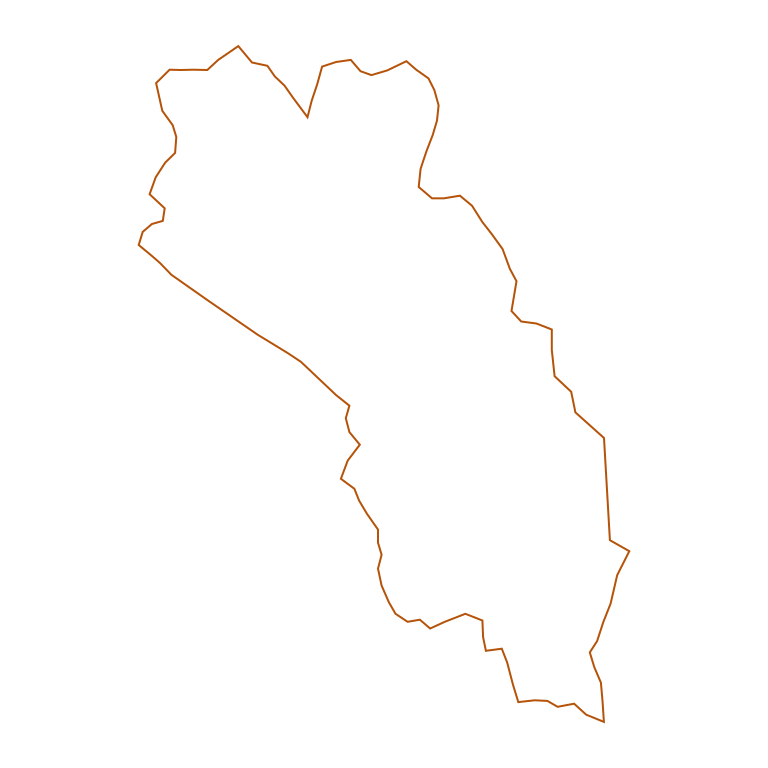 outline of Pedreira, São Paulo, Brazil
{"feature_id": "56859067B78488981040845", "entity_name": "Pedreira", "entity_type": "district", "adm_level": 2, "iso_a3": "BRA", "parent_name": "Brazil", "parent_adm1": "São Paulo", "projection": "albers", "projection_center": [-46.892, -22.763], "detail": "fine", "context": "isolated", "style": "outline", "palette": "amber", "viewbox_px": 768, "rotation_deg": 0, "n_neighbors": 0, "source": "geoboundaries", "source_scale": "gbopen_adm2", "svg_char_len": 1483}
<svg xmlns="http://www.w3.org/2000/svg" viewBox="0 0 768 768"><path d="M238.3,46.1L218.2,59.9L207.3,70.0L193.1,69.7L181.0,70.0L169.6,69.7L156.1,83.1L162.3,110.8L172.7,125.2L176.3,137.0L175.1,152.9L165.2,162.6L155.7,177.3L149.6,194.2L164.7,208.3L162.8,220.9L151.9,224.0L142.7,231.9L138.7,245.0L150.8,255.0L160.0,263.0L171.4,274.8L188.9,287.1L209.7,301.7L257.8,334.8L287.6,353.0L300.9,361.8L336.1,395.1L349.4,405.7L345.8,418.2L349.4,432.1L359.8,444.7L347.7,460.6L340.9,478.8L354.4,488.8L359.1,500.6L366.9,513.7L378.0,529.6L378.0,542.7L381.6,554.8L378.0,568.6L381.6,585.6L388.9,602.3L395.5,613.8L407.6,621.8L419.9,619.7L430.1,628.5L444.8,621.8L465.3,613.8L482.4,620.5L483.1,637.2L485.9,650.8L501.8,648.7L507.2,662.6L512.9,684.4L518.3,702.1L534.6,700.3L547.4,700.9L557.6,706.8L574.1,703.7L586.2,714.7L603.9,721.9L602.5,700.9L600.9,682.6L594.3,667.2L589.8,652.4L597.1,641.1L603.3,622.1L610.6,603.6L617.2,575.1L629.3,551.2L609.9,540.2L604.0,438.0L575.4,412.4L571.2,391.8L554.6,376.2L551.8,350.0L551.8,329.5L536.4,323.5L521.2,321.5L511.5,311.0L516.5,281.2L509.9,268.9L502.6,249.1L491.7,234.0L482.4,222.1L472.0,205.7L459.9,195.7L444.1,198.3L432.0,198.3L418.7,187.0L420.6,168.8L426.6,150.8L432.7,135.1L437.0,120.5L438.6,105.4L434.4,90.2L428.5,78.4L416.2,69.7L406.4,61.2L387.3,70.4L371.4,75.1L360.5,71.2L350.8,59.9L336.1,62.0L322.1,66.6L317.2,84.3L311.7,100.7L307.5,117.2L293.0,97.7L284.5,85.6L274.8,76.4L267.4,65.8L252.0,62.5L238.3,46.1Z" fill="none" stroke="#b45309" stroke-width="2"/></svg>